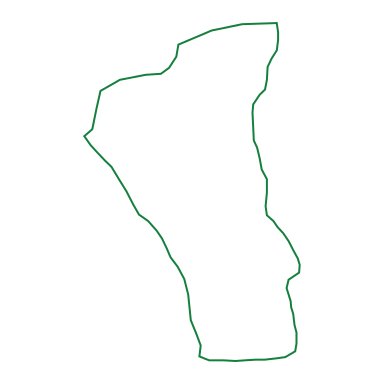 Agios Nikolaos Ammochostou, Cyprus (Robinson projection)
{"feature_id": "46923920B28206074202604", "entity_name": "Agios Nikolaos Ammochostou", "entity_type": "district", "adm_level": 2, "iso_a3": "CYP", "parent_name": "Cyprus", "parent_adm1": "", "projection": "robinson", "projection_center": [33.679, 35.322], "detail": "fine", "context": "isolated", "style": "outline", "palette": "green", "viewbox_px": 384, "rotation_deg": 0, "n_neighbors": 0, "source": "geoboundaries", "source_scale": "gbopen_adm2", "svg_char_len": 1074}
<svg xmlns="http://www.w3.org/2000/svg" viewBox="0 0 384 384"><path d="M84.3,136.2L90.5,145.0L96.4,151.5L104.9,160.5L111.5,166.9L119.3,179.8L126.5,191.4L133.1,204.3L139.0,214.6L148.2,221.1L156.7,230.7L162.0,238.5L166.6,248.1L170.5,257.2L177.7,266.8L184.3,279.1L188.2,294.6L189.5,307.4L190.8,320.3L196.1,333.2L200.7,345.5L199.4,356.4L204.7,358.6L209.2,360.3L223.0,360.3L235.5,361.0L245.3,360.3L255.1,359.7L264.3,359.7L276.1,358.4L285.3,357.1L295.2,351.3L296.5,343.6L296.5,332.6L294.5,324.9L293.2,313.9L291.2,307.4L290.6,301.0L286.6,288.1L288.6,279.7L299.1,272.6L299.7,264.9L297.8,258.5L293.2,250.1L288.6,241.1L283.3,233.3L277.4,226.9L273.5,221.1L266.9,215.3L265.6,206.2L266.9,192.7L266.9,179.2L261.7,169.5L259.7,158.5L257.1,147.6L253.8,140.5L253.2,127.0L252.5,112.8L253.2,104.4L259.7,94.7L265.0,89.6L266.9,79.9L267.6,67.0L271.5,58.7L276.8,50.3L278.1,40.0L278.1,32.2L276.7,23.0L275.5,23.1L242.1,24.2L211.7,30.5L178.4,44.6L176.3,56.7L169.1,67.8L160.9,73.8L145.6,74.8L119.9,79.8L100.5,90.9L96.4,109.0L92.3,129.2L84.3,136.2Z" fill="none" stroke="#15803d" stroke-width="2"/></svg>